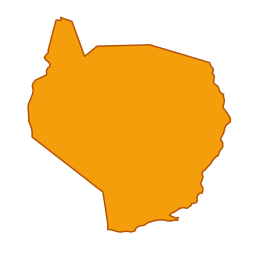 the district of Ceará-Mirim, Rio Grande do Norte, Brazil, rotated 95°
{"feature_id": "56859067B87292003692052", "entity_name": "Ceará-Mirim", "entity_type": "district", "adm_level": 2, "iso_a3": "BRA", "parent_name": "Brazil", "parent_adm1": "Rio Grande do Norte", "projection": "robinson", "projection_center": [-35.367, -5.598], "detail": "fine", "context": "isolated", "style": "filled", "palette": "amber", "viewbox_px": 256, "rotation_deg": 95, "n_neighbors": 0, "source": "geoboundaries", "source_scale": "gbopen_adm2", "svg_char_len": 1859}
<svg xmlns="http://www.w3.org/2000/svg" viewBox="0 0 256 256"><g transform="rotate(95 128 128)"><path d="M212.9,70.2L213.5,72.4L212.8,74.5L212.1,77.2L211.1,79.0L208.8,76.9L207.2,73.8L204.9,71.2L203.0,68.1L202.4,65.1L202.9,62.5L201.4,60.5L199.6,58.4L197.7,58.1L197.3,55.6L196.3,53.5L194.2,52.5L191.9,53.4L189.0,52.6L186.8,51.1L186.3,48.5L184.0,48.0L181.1,48.2L178.6,49.9L176.4,51.1L174.8,49.9L170.0,49.1L167.1,50.3L164.7,49.5L162.9,47.4L158.5,44.3L156.7,42.5L154.3,41.6L151.4,39.8L148.9,37.6L147.5,35.7L143.5,34.9L138.9,32.0L135.4,32.2L133.5,32.8L132.3,34.6L130.3,34.6L127.2,33.3L124.2,32.2L120.9,31.8L117.5,31.0L115.2,29.0L113.0,26.6L110.7,26.7L108.6,27.3L106.8,28.7L105.0,30.2L102.4,32.3L100.4,34.2L98.6,35.1L96.1,34.7L92.6,34.4L89.9,34.9L88.0,36.0L86.1,35.7L85.3,37.9L83.0,40.4L80.9,40.8L78.5,42.3L77.4,44.2L75.8,46.6L72.3,46.7L69.0,46.5L65.6,48.8L63.4,48.0L61.1,48.7L59.1,50.8L55.8,52.4L50.0,80.4L43.2,113.7L44.0,120.0L49.2,166.0L60.4,177.5L26.8,193.1L24.7,201.2L23.8,204.5L26.6,204.0L26.7,209.0L38.6,211.1L44.8,212.2L57.8,214.3L59.9,214.0L62.2,215.8L64.8,217.5L66.7,216.5L68.1,214.8L69.2,212.8L71.1,211.5L73.7,211.3L75.3,213.3L77.8,214.2L80.1,213.8L82.5,214.1L84.9,218.4L88.2,224.1L91.0,226.2L94.5,227.0L98.0,225.9L100.1,225.7L103.2,226.3L107.9,227.6L112.1,229.1L114.3,229.4L117.0,229.2L123.0,228.2L130.0,227.4L132.1,226.3L134.7,224.9L139.4,223.3L145.4,222.7L151.4,213.3L161.5,197.8L168.0,187.7L176.5,174.5L188.9,155.4L194.0,147.3L197.2,146.6L204.0,144.9L225.7,139.7L230.8,139.3L230.8,136.8L231.1,134.1L231.8,131.3L232.2,128.5L232.2,125.7L231.3,122.4L231.0,119.3L231.3,115.9L230.0,112.2L228.1,111.7L226.5,110.7L225.0,109.0L224.2,106.3L223.4,103.2L221.3,100.9L220.0,98.8L218.6,95.1L217.4,91.3L216.9,89.1L216.6,86.6L216.6,83.5L217.1,80.5L217.0,78.0L216.2,75.1L215.6,72.8L215.7,70.6L212.9,70.2Z" fill="#f59e0b" stroke="#b45309" stroke-width="1.5"/></g></svg>